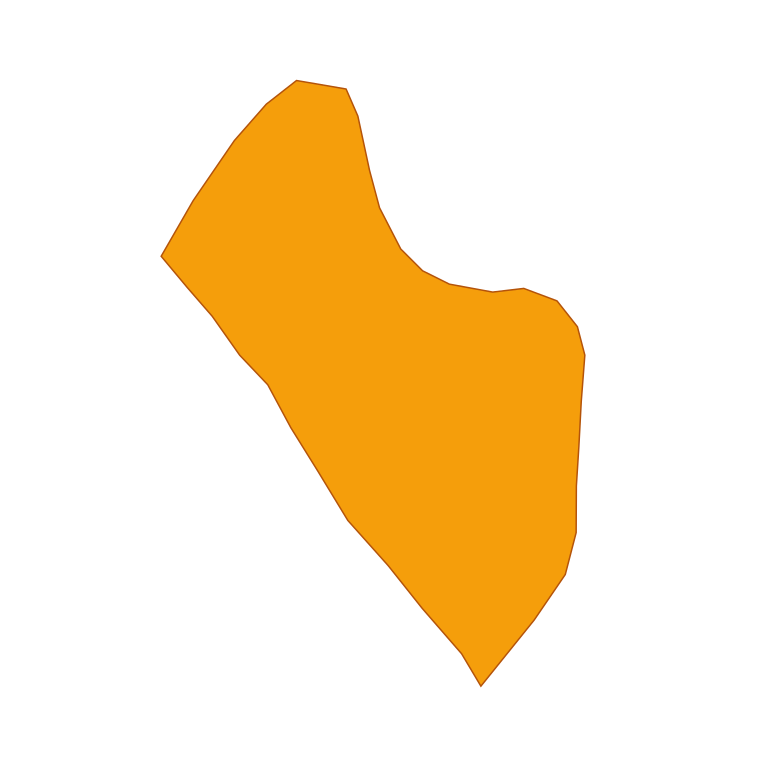 the district of Libreville, Estuaire, Gabon, rotated 352°
{"feature_id": "22940354B47630022104782", "entity_name": "Libreville", "entity_type": "district", "adm_level": 2, "iso_a3": "GAB", "parent_name": "Gabon", "parent_adm1": "Estuaire", "projection": "natural_earth1", "projection_center": [9.457, 0.451], "detail": "fine", "context": "isolated", "style": "filled", "palette": "amber", "viewbox_px": 768, "rotation_deg": 352, "n_neighbors": 0, "source": "geoboundaries", "source_scale": "gbopen_adm2", "svg_char_len": 588}
<svg xmlns="http://www.w3.org/2000/svg" viewBox="0 0 768 768"><g transform="rotate(352 384 384)"><path d="M437.9,696.7L499.8,638.7L537.0,597.9L553.6,557.9L560.3,511.8L568.2,473.4L576.9,428.8L586.9,383.4L583.5,354.2L566.9,325.8L535.7,308.8L504.4,308.1L462.6,294.2L438.0,277.3L419.4,252.7L404.1,208.9L399.4,170.4L395.4,115.1L387.5,86.6L339.6,71.3L306.4,90.5L269.8,122.0L220.6,175.8L181.1,226.5L202.5,260.9L223.3,293.0L245.1,335.4L268.8,368.6L285.7,414.4L306.5,461.4L329.2,514.1L362.9,564.5L390.6,611.5L423.3,661.9L437.9,696.7Z" fill="#f59e0b" stroke="#b45309" stroke-width="1.5"/></g></svg>